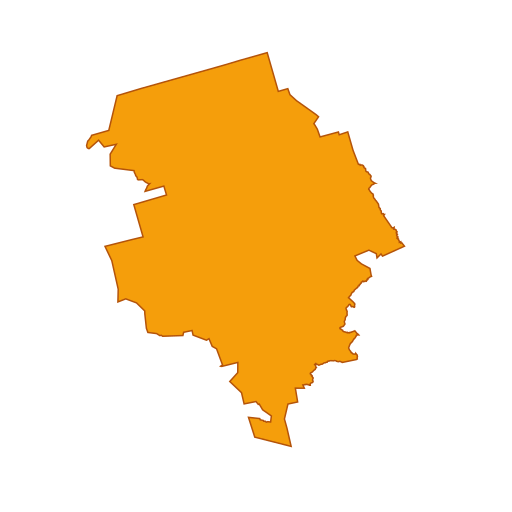 the district of Janos, Chihuahua, Mexico, rotated 344°
{"feature_id": "50627088B67966039519122", "entity_name": "Janos", "entity_type": "district", "adm_level": 2, "iso_a3": "MEX", "parent_name": "Mexico", "parent_adm1": "Chihuahua", "projection": "albers", "projection_center": [-108.251, 30.757], "detail": "fine", "context": "isolated", "style": "filled", "palette": "amber", "viewbox_px": 512, "rotation_deg": 344, "n_neighbors": 0, "source": "geoboundaries", "source_scale": "gbopen_adm2", "svg_char_len": 6113}
<svg xmlns="http://www.w3.org/2000/svg" viewBox="0 0 512 512"><g transform="rotate(344 256 256)"><path d="M377.6,291.0L401.4,287.5L399.8,283.6L398.8,283.5L399.1,282.2L397.6,282.4L397.9,281.1L397.5,280.2L397.7,279.0L397.6,278.8L397.0,278.7L396.4,277.8L396.6,277.4L397.4,277.4L397.7,276.9L397.6,276.2L396.9,275.6L397.0,275.0L396.9,274.7L397.1,274.4L397.9,274.1L397.8,273.8L397.2,273.3L397.3,272.2L397.9,272.1L398.3,271.7L398.2,271.3L397.7,270.5L397.9,269.6L397.5,269.3L396.9,268.5L396.2,268.4L395.7,268.1L395.8,267.6L396.5,267.0L396.7,266.5L396.3,266.6L395.2,266.7L394.2,266.0L394.3,265.8L389.8,252.5L390.8,251.6L390.1,251.5L390.3,250.8L389.8,250.2L388.8,250.3L388.4,249.9L388.4,248.9L388.8,247.3L388.2,246.0L388.2,245.4L388.5,244.7L388.0,243.7L387.6,243.3L388.0,239.9L386.7,236.1L386.2,235.4L386.0,234.3L385.2,232.7L385.2,230.8L385.6,229.9L385.4,229.5L385.6,228.8L385.1,228.1L384.4,227.4L383.3,224.7L383.1,223.5L382.7,223.0L382.8,222.6L383.1,222.1L383.7,221.9L385.3,220.8L385.5,220.5L387.0,219.6L387.4,219.4L387.9,219.5L389.1,219.3L390.1,218.8L390.6,218.9L389.6,218.0L387.8,215.7L387.6,215.3L387.4,213.7L387.5,212.6L388.5,211.5L388.6,210.6L388.2,210.2L388.0,209.1L387.0,208.0L386.9,206.5L386.6,206.0L385.7,205.7L385.1,204.9L385.0,204.6L385.4,202.0L384.4,201.3L384.2,200.7L384.4,200.1L384.0,199.6L384.2,199.3L384.1,198.8L383.3,197.9L382.0,197.4L381.2,197.5L381.1,196.5L380.3,196.4L379.7,196.0L378.4,181.1L378.4,162.0L369.4,162.4L369.4,159.5L350.4,159.2L349.9,151.0L348.7,146.4L348.1,144.7L354.5,139.4L352.9,136.9L337.7,117.8L333.1,110.3L332.7,103.9L322.8,103.9L322.8,63.6L295.3,63.5L276.6,63.7L192.0,63.3L166.7,63.6L149.1,94.7L131.2,94.7L130.6,95.7L127.3,98.4L125.9,99.2L123.6,103.1L123.5,104.9L123.6,105.4L124.5,106.5L125.3,106.8L136.6,101.3L140.1,109.3L152.5,110.1L143.9,117.9L140.8,129.2L144.3,132.6L162.3,140.3L162.1,142.1L162.4,143.5L162.6,144.7L162.5,145.4L162.9,146.6L163.3,147.2L163.4,148.3L163.2,149.6L163.4,150.0L164.0,150.4L167.9,151.3L168.8,152.3L169.6,153.7L170.8,155.2L171.6,155.8L172.4,156.7L173.1,157.1L173.7,157.2L170.8,158.9L169.7,160.5L168.2,162.0L167.2,163.3L186.7,163.4L186.8,172.7L152.7,172.9L152.7,206.5L141.1,206.0L113.5,205.1L116.1,220.7L114.4,249.9L110.6,262.1L119.0,261.3L128.2,268.1L133.9,278.1L133.2,280.9L130.7,295.3L131.0,299.7L139.1,303.2L141.6,306.0L143.1,306.1L144.1,307.4L163.8,312.3L165.4,309.4L174.0,310.0L173.7,314.7L185.2,323.3L188.0,322.5L189.0,330.8L192.5,334.3L193.8,351.5L191.6,352.2L192.0,352.5L192.7,352.7L209.2,353.3L206.3,363.1L196.2,369.4L204.4,383.4L203.8,394.9L215.9,395.9L217.3,399.3L218.3,399.2L220.0,405.7L226.7,414.0L224.3,419.6L221.6,418.5L220.1,418.6L219.5,417.5L217.9,417.0L217.8,416.2L214.9,414.6L214.8,413.3L204.3,409.0L204.9,429.8L237.3,448.7L238.3,430.2L238.4,420.5L245.9,407.1L255.8,407.8L257.4,393.9L266.0,396.4L265.5,392.9L266.6,393.2L266.8,393.0L267.5,393.0L268.4,393.4L268.6,393.1L268.8,393.1L269.9,393.5L270.3,394.0L270.9,394.1L271.0,394.3L271.4,394.4L271.6,394.9L272.6,395.2L272.7,394.9L272.7,394.1L273.1,393.6L274.4,393.1L274.9,393.3L275.7,393.0L276.1,392.7L276.4,392.0L276.1,391.4L276.2,390.9L276.4,390.3L277.3,389.1L277.3,388.7L277.0,388.5L276.9,388.0L276.9,387.6L276.6,387.0L277.0,386.9L277.0,386.7L276.8,386.6L276.6,385.8L276.2,385.5L276.3,385.1L275.7,384.4L275.7,384.1L275.9,384.0L276.2,383.4L278.3,383.0L279.9,381.9L280.6,381.7L281.7,381.3L282.6,380.0L283.2,379.9L283.0,379.4L283.0,378.8L283.2,377.3L282.5,376.8L282.4,376.5L283.9,375.8L284.2,376.5L284.5,376.7L285.6,377.5L286.0,378.1L286.8,378.3L288.8,377.9L289.3,378.2L290.2,378.2L290.6,377.9L291.3,377.8L292.0,377.5L292.7,377.6L293.3,377.8L294.1,377.5L295.2,377.7L295.8,377.0L296.7,377.0L297.2,377.2L297.6,377.0L299.1,377.2L299.7,377.5L300.1,377.5L301.4,378.1L302.6,378.1L302.9,378.3L304.0,378.7L304.4,379.4L305.8,380.2L306.4,380.4L307.2,380.3L307.7,380.4L308.6,381.2L309.2,381.5L309.3,381.9L309.5,382.1L324.0,383.2L325.0,382.9L325.1,381.8L325.8,380.7L325.7,379.9L326.0,379.4L325.9,378.9L325.5,378.2L325.4,378.2L325.3,377.6L324.9,377.4L324.9,377.0L324.2,377.6L323.2,377.4L322.2,376.8L322.2,376.6L321.4,375.4L321.2,375.5L321.0,375.4L320.7,374.6L320.8,373.9L320.0,372.3L319.7,370.1L319.8,369.7L322.1,366.6L322.4,366.5L322.8,365.9L323.7,365.7L324.1,365.2L324.4,365.2L325.2,364.8L325.3,364.5L326.1,363.7L326.8,363.2L327.0,363.0L327.2,362.7L327.6,362.7L328.0,362.3L328.9,361.9L329.6,361.0L329.8,361.0L330.3,360.5L330.3,360.2L330.5,359.9L332.2,359.9L333.0,360.2L332.9,359.9L332.0,358.5L331.5,358.3L331.5,357.8L331.3,357.3L330.4,355.2L330.0,355.4L329.4,355.2L328.1,355.4L327.3,355.3L326.8,355.6L326.2,355.5L325.5,355.3L325.2,355.6L324.9,355.7L324.4,355.6L324.3,355.3L323.7,355.3L323.0,354.8L322.8,354.9L322.7,354.6L322.4,354.7L322.3,354.4L321.6,354.3L321.0,353.7L319.6,353.0L319.1,352.4L318.7,351.8L318.8,351.2L318.1,350.6L317.9,350.1L317.5,350.0L317.4,349.6L316.8,349.2L316.7,348.7L316.8,348.2L317.3,348.1L317.4,347.9L318.5,347.7L318.9,347.9L319.8,347.6L320.1,347.7L320.5,347.7L322.7,346.0L322.8,345.7L322.7,344.8L322.8,343.4L323.0,343.0L324.1,341.9L324.9,339.9L325.3,339.6L325.6,339.0L327.1,338.3L327.6,337.0L327.7,336.1L328.4,334.2L328.0,332.9L328.2,332.5L328.0,331.8L328.1,331.2L328.2,330.9L328.9,330.3L329.7,330.1L331.4,329.0L332.0,328.3L332.4,328.2L333.2,328.6L333.6,330.4L333.5,330.8L333.7,331.1L334.2,331.1L335.2,331.4L335.8,331.8L336.0,332.3L336.4,332.4L336.8,332.1L337.0,331.4L337.2,330.2L337.7,329.7L337.7,328.7L337.4,328.4L336.6,326.7L333.6,321.8L333.4,321.6L333.5,321.5L334.2,321.0L334.8,320.8L334.9,320.5L335.3,320.3L336.3,319.9L337.2,318.6L338.1,317.8L338.5,317.6L338.7,317.3L339.8,317.3L340.2,317.1L341.2,315.8L341.6,315.7L343.6,314.7L344.3,314.6L344.5,314.3L345.2,314.1L345.5,313.5L345.9,313.1L346.6,313.0L346.8,313.1L347.2,312.7L347.4,312.1L348.1,312.1L348.7,311.4L349.5,311.2L349.9,310.3L350.1,310.2L350.7,310.2L351.8,309.5L352.0,309.6L352.2,310.3L353.3,310.3L353.6,310.5L354.2,310.2L355.1,310.7L355.8,309.9L357.1,309.4L357.2,309.1L356.7,308.8L357.4,308.3L358.0,308.3L360.1,307.5L361.5,307.4L361.4,306.0L362.1,299.4L355.2,292.7L352.0,288.1L351.1,283.2L366.1,281.5L372.3,286.9L371.8,291.2L376.7,288.5L377.6,291.0Z" fill="#f59e0b" stroke="#b45309" stroke-width="1.5"/></g></svg>